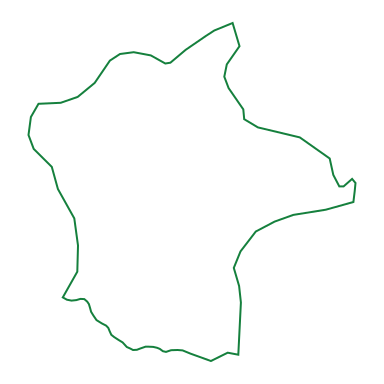 Masis, Ararat, Armenia (Natural Earth projection)
{"feature_id": "60910142B5902615753195", "entity_name": "Masis", "entity_type": "district", "adm_level": 2, "iso_a3": "ARM", "parent_name": "Armenia", "parent_adm1": "Ararat", "projection": "natural_earth1", "projection_center": [44.401, 40.079], "detail": "fine", "context": "isolated", "style": "outline", "palette": "green", "viewbox_px": 384, "rotation_deg": 0, "n_neighbors": 0, "source": "geoboundaries", "source_scale": "gbopen_adm2", "svg_char_len": 1165}
<svg xmlns="http://www.w3.org/2000/svg" viewBox="0 0 384 384"><path d="M62.8,297.4L66.9,299.7L71.5,300.6L76.3,300.1L80.4,298.9L84.3,299.1L87.2,301.6L88.9,304.1L90.1,308.1L91.1,311.8L93.5,315.7L96.5,320.1L99.4,321.9L102.0,323.5L106.1,325.6L108.3,327.9L109.6,331.1L111.3,334.8L114.2,337.1L118.5,339.9L122.6,342.4L126.8,347.0L130.4,348.6L133.0,350.0L136.9,349.8L140.0,348.6L145.5,346.7L148.9,346.7L153.2,346.9L156.3,347.6L157.1,347.8L159.8,348.9L162.9,351.2L166.0,351.9L171.1,350.2L177.6,350.0L182.6,350.4L187.0,352.2L190.4,353.6L196.5,355.8L210.9,361.0L227.7,352.7L238.3,354.7L240.9,302.5L239.1,286.0L233.8,267.9L240.5,251.4L255.8,231.5L274.6,221.6L293.3,214.9L325.8,209.7L353.4,202.0L354.7,191.2L355.5,183.0L352.1,178.9L343.6,186.4L339.3,186.4L333.3,174.9L329.7,158.5L299.8,137.4L257.9,127.4L244.2,119.2L243.3,109.4L228.6,88.1L224.3,76.7L226.8,64.4L239.5,46.2L232.6,23.0L214.3,30.5L206.1,35.8L185.7,49.8L170.4,62.7L165.3,63.5L150.8,55.4L133.7,52.2L120.0,54.0L109.9,60.6L94.7,82.9L77.7,96.9L60.7,102.8L38.5,103.8L30.9,117.0L28.5,135.0L33.7,148.9L51.8,166.9L57.9,189.0L74.3,218.4L78.0,245.5L77.3,271.7L62.8,297.4Z" fill="none" stroke="#15803d" stroke-width="2"/></svg>